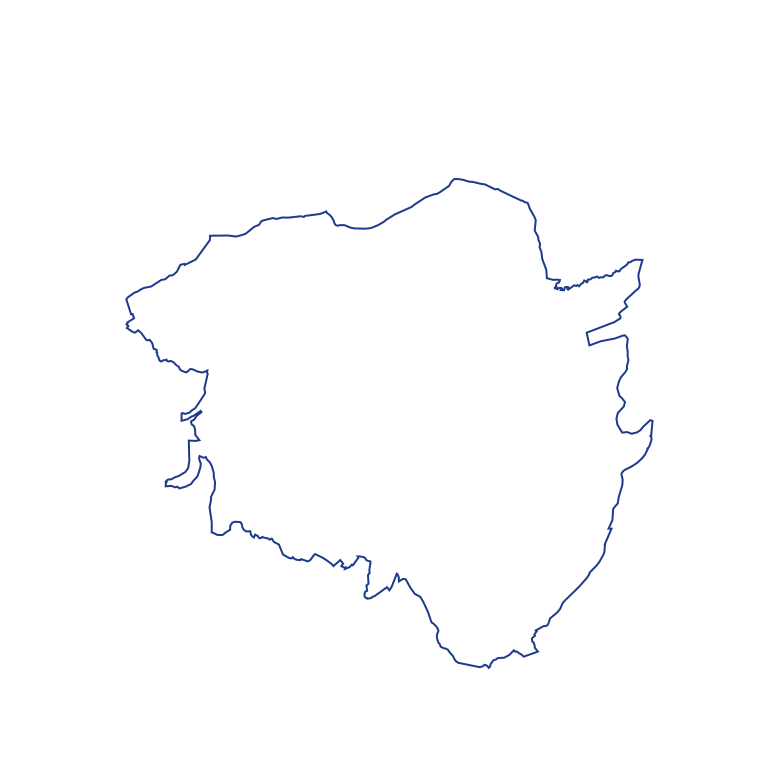 outline of Baciu, Cluj, Romania, rotated 294°
{"feature_id": "2599482B51271683564711", "entity_name": "Baciu", "entity_type": "district", "adm_level": 2, "iso_a3": "ROU", "parent_name": "Romania", "parent_adm1": "Cluj", "projection": "natural_earth1", "projection_center": [23.482, 46.828], "detail": "fine", "context": "isolated", "style": "outline", "palette": "blue", "viewbox_px": 768, "rotation_deg": 294, "n_neighbors": 0, "source": "geoboundaries", "source_scale": "gbopen_adm2", "svg_char_len": 6166}
<svg xmlns="http://www.w3.org/2000/svg" viewBox="0 0 768 768"><g transform="rotate(294 384 384)"><path d="M459.2,641.9L450.2,638.1L446.0,637.0L442.5,634.6L439.3,630.5L439.0,625.7L436.5,621.5L436.7,621.0L441.8,613.8L446.9,610.4L452.6,609.4L460.9,612.2L465.4,611.6L467.9,607.1L468.8,604.0L475.1,598.7L482.0,597.6L486.5,597.7L493.3,599.7L496.5,600.0L498.9,598.7L505.2,597.6L508.6,595.2L512.6,593.5L517.3,590.5L524.5,588.3L526.5,584.4L525.5,582.7L519.4,576.3L511.1,564.5L502.8,556.0L513.3,548.3L534.5,569.5L540.2,573.2L542.0,572.5L543.5,570.1L544.1,570.2L545.8,570.6L553.5,574.7L556.2,571.0L557.3,570.3L560.0,571.0L573.2,576.7L573.9,577.4L576.5,577.8L578.8,577.3L585.2,572.9L588.0,571.8L602.5,569.6L599.7,562.9L597.0,560.3L595.3,559.4L594.6,557.8L591.8,557.4L585.4,553.6L582.9,553.3L582.2,552.5L581.8,549.8L580.5,549.9L578.6,548.3L576.3,548.4L574.9,547.5L574.2,545.6L574.1,543.6L573.2,541.9L570.6,540.9L569.6,538.5L568.3,537.1L568.9,534.9L567.0,533.2L565.8,531.0L563.6,530.1L562.3,527.8L559.7,528.3L559.4,527.6L560.1,526.2L560.0,524.8L557.4,524.7L555.5,523.3L552.6,522.5L553.1,520.6L551.8,519.8L551.5,517.6L545.1,513.9L545.3,512.8L547.2,513.1L547.5,512.5L546.1,510.0L542.7,510.2L541.8,507.3L543.7,507.7L543.9,507.0L543.0,504.9L541.1,504.0L541.2,503.0L542.2,502.6L540.9,501.4L541.3,500.9L543.1,501.3L546.1,500.8L548.0,502.6L550.5,502.5L549.6,499.4L547.9,496.1L546.9,489.8L554.3,485.8L562.7,477.6L568.4,474.3L572.3,470.5L575.5,469.6L578.5,466.4L581.0,465.1L585.4,459.3L595.4,456.0L598.0,453.3L603.3,446.1L607.8,441.7L607.4,437.7L607.9,436.2L607.4,434.7L607.8,416.1L608.0,411.0L608.5,408.9L607.0,406.2L607.4,395.0L606.2,390.8L604.7,382.7L603.4,379.3L602.8,373.9L601.5,368.7L599.7,364.7L596.3,363.3L591.5,362.9L582.0,357.1L578.9,354.8L577.9,352.8L571.1,345.8L560.5,339.0L557.0,337.2L543.2,324.8L534.8,319.2L531.8,317.7L526.5,313.8L522.2,309.7L520.2,307.2L518.0,303.1L514.1,293.7L513.2,289.6L513.0,283.1L511.3,279.3L509.8,277.3L509.5,276.0L509.7,274.8L511.4,272.5L512.5,271.9L515.1,268.4L516.3,265.8L517.2,262.0L518.1,261.1L513.3,256.4L505.4,243.4L504.0,242.8L503.4,239.8L497.1,229.0L494.6,223.1L491.0,218.6L490.4,215.0L484.2,207.0L482.6,205.7L478.6,205.1L474.8,201.5L464.8,196.4L460.1,191.0L458.5,188.7L456.2,181.1L448.7,164.8L444.6,166.4L421.2,161.4L411.8,153.6L412.6,152.9L410.1,149.5L402.3,149.1L398.6,147.4L396.9,146.2L395.9,144.0L390.7,141.5L388.5,138.2L378.4,131.7L374.4,126.0L371.8,123.6L368.2,121.3L366.2,119.0L359.1,114.8L356.6,114.1L344.8,124.6L345.7,125.8L342.4,128.9L335.8,124.5L335.3,125.1L333.7,124.5L332.9,127.0L330.6,126.3L329.6,131.6L329.4,135.0L329.9,135.8L333.1,137.6L331.6,142.0L327.6,148.8L327.7,150.3L329.0,151.9L328.8,152.5L327.0,155.7L322.5,159.2L322.7,162.5L320.4,163.4L320.4,164.0L318.0,165.2L316.6,167.2L314.2,169.3L313.9,171.3L316.1,172.9L317.1,175.1L317.7,175.4L316.9,176.3L316.8,177.8L318.3,179.6L318.3,182.8L316.8,186.5L316.3,189.4L314.2,192.0L313.8,193.9L314.1,198.3L314.8,199.2L318.6,200.8L319.1,201.4L319.6,203.5L319.5,207.8L320.3,212.6L321.5,214.5L324.4,217.1L322.6,217.5L321.6,218.8L306.6,221.8L303.7,223.9L301.6,224.2L285.4,221.5L280.9,218.7L278.8,218.1L275.7,214.4L275.5,211.6L274.7,211.1L268.1,214.0L272.0,219.0L276.0,221.3L277.3,222.9L284.9,227.5L284.0,228.7L279.1,226.0L273.8,224.9L271.9,223.1L270.7,223.2L268.8,224.9L268.4,227.4L267.4,228.4L265.1,230.2L260.7,232.3L257.6,238.2L255.5,235.3L252.9,228.7L234.6,237.4L227.5,239.3L222.8,238.3L216.1,233.6L214.4,231.5L210.3,228.3L209.0,225.7L207.5,224.7L206.0,224.4L206.1,225.2L204.3,225.2L201.7,226.2L204.4,231.1L204.7,235.3L206.1,237.1L205.4,239.5L209.4,244.4L214.3,248.5L217.7,249.1L223.6,251.1L227.0,250.9L233.5,250.1L236.4,249.1L237.4,248.7L237.9,247.7L240.8,245.3L243.2,244.8L243.2,249.2L244.8,251.0L243.2,252.6L241.6,256.7L239.0,260.1L233.7,264.5L229.7,266.4L225.8,269.5L218.6,272.2L210.1,271.9L208.3,273.0L200.3,274.8L187.6,282.9L178.3,287.0L178.6,288.8L178.3,292.9L179.9,297.1L180.8,298.2L184.1,299.8L188.2,302.7L192.1,301.2L195.8,301.8L197.7,304.2L199.3,308.6L199.4,309.1L197.8,311.4L195.4,313.0L193.6,315.6L193.3,318.2L195.1,321.8L192.2,323.7L191.1,325.9L190.9,327.6L194.0,327.5L193.7,331.0L192.7,331.9L192.6,333.3L193.5,334.5L194.8,335.0L194.9,337.3L195.7,340.5L195.3,342.9L196.9,344.0L197.0,344.6L194.9,347.7L194.6,353.3L187.1,361.1L186.4,368.1L187.2,370.7L188.7,371.2L187.8,373.5L187.8,375.4L189.1,379.2L190.3,379.5L191.0,386.6L193.2,388.3L199.8,389.7L200.6,390.3L200.3,398.9L199.6,403.5L198.2,409.6L197.1,411.9L205.4,415.7L203.2,419.8L200.3,419.1L200.0,422.3L200.8,423.3L199.1,423.6L202.8,427.1L205.9,428.1L205.7,429.3L214.7,431.2L215.8,430.0L216.6,431.8L217.6,436.3L217.2,437.8L216.0,439.3L215.9,441.0L216.4,443.7L215.6,444.2L208.3,446.2L205.2,447.8L203.5,447.1L202.5,447.3L195.3,451.1L192.8,449.9L188.2,452.7L186.8,451.4L183.9,451.6L181.6,453.1L181.3,454.3L181.5,455.7L181.1,456.1L183.2,459.3L185.0,460.1L186.1,461.5L199.6,469.4L197.7,472.8L201.6,473.5L215.9,472.9L215.4,474.1L213.5,476.1L209.7,477.9L213.8,480.7L214.4,483.3L208.4,491.3L204.8,497.5L204.3,503.7L201.2,508.2L193.8,516.7L185.5,524.4L185.4,526.0L183.5,531.0L182.0,532.8L180.5,534.2L176.4,534.4L173.6,535.6L170.1,538.6L169.1,540.6L167.1,542.6L166.9,545.4L167.4,548.7L167.1,550.7L165.7,552.8L163.7,557.3L160.7,561.1L159.9,562.8L159.5,565.2L164.3,586.8L166.3,589.0L168.4,590.1L168.6,592.8L167.3,595.1L168.8,595.8L171.5,595.3L176.0,596.3L178.0,598.4L179.9,599.5L182.9,605.2L187.6,608.8L193.5,610.9L193.6,611.4L192.8,612.7L193.4,613.6L193.5,615.2L193.0,616.4L192.7,619.9L191.7,622.5L202.1,633.4L204.4,629.1L207.0,627.5L208.6,625.7L209.1,624.2L211.3,622.8L212.4,622.8L215.5,624.3L216.3,623.2L220.2,624.1L220.6,622.9L227.5,628.1L229.3,630.9L230.1,631.4L232.9,631.6L237.3,631.0L245.7,635.1L250.2,636.4L256.3,636.3L259.6,637.3L278.5,644.8L289.3,648.2L292.6,648.8L295.7,648.7L304.5,652.0L308.9,653.1L317.5,653.9L320.4,653.6L326.9,651.3L327.0,650.9L344.4,650.7L343.2,648.0L352.8,648.0L362.2,644.4L364.0,644.3L370.0,646.1L376.4,644.4L388.8,642.8L393.9,640.8L398.4,637.4L401.3,637.8L403.5,638.9L409.0,643.5L415.0,647.4L421.4,650.1L425.9,651.2L432.0,651.4L432.3,650.9L433.9,651.6L436.2,651.7L441.8,651.1L444.6,649.6L444.9,648.5L446.0,648.9L459.6,644.3L459.2,641.9Z" fill="none" stroke="#1e3a8a" stroke-width="2"/></g></svg>